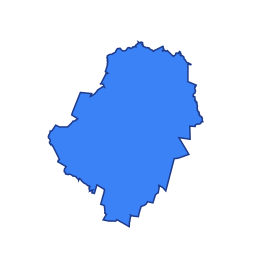 the district of Julimes, Chihuahua, Mexico, rotated 120°
{"feature_id": "50627088B60832764268377", "entity_name": "Julimes", "entity_type": "district", "adm_level": 2, "iso_a3": "MEX", "parent_name": "Mexico", "parent_adm1": "Chihuahua", "projection": "orthographic", "projection_center": [-105.121, 28.529], "detail": "fine", "context": "isolated", "style": "filled", "palette": "blue", "viewbox_px": 256, "rotation_deg": 120, "n_neighbors": 0, "source": "geoboundaries", "source_scale": "gbopen_adm2", "svg_char_len": 5605}
<svg xmlns="http://www.w3.org/2000/svg" viewBox="0 0 256 256"><g transform="rotate(120 128 128)"><path d="M36.0,121.1L36.0,121.7L38.2,121.7L38.4,122.7L38.9,123.6L39.2,123.9L39.9,123.8L40.5,123.5L42.0,123.8L42.5,124.5L43.3,124.6L41.3,132.7L42.4,133.1L42.4,135.4L43.0,135.5L43.9,136.2L44.0,136.6L43.6,136.7L43.3,136.5L43.1,136.6L42.9,136.4L43.0,136.1L42.4,136.0L42.2,136.1L41.8,136.8L41.5,136.8L41.4,137.1L41.1,137.3L41.0,137.5L40.9,137.8L40.4,138.0L40.0,138.1L39.8,138.6L46.4,143.0L47.4,143.9L47.8,144.0L48.9,144.2L49.0,144.7L48.6,145.2L48.5,146.3L48.8,147.2L48.6,147.7L48.6,149.0L48.1,149.9L48.5,150.3L48.6,150.7L48.5,151.2L49.3,152.3L49.3,153.0L49.5,153.2L49.5,153.3L49.5,153.5L49.5,154.0L49.6,155.0L49.7,155.3L49.5,156.5L48.6,156.3L48.4,157.8L48.0,157.7L47.2,157.7L47.2,157.8L46.8,158.1L46.8,158.7L47.1,158.7L47.1,159.1L47.4,159.4L47.3,159.8L48.3,160.0L48.3,162.1L48.8,161.4L49.9,162.0L50.2,161.7L52.5,162.7L53.7,161.8L53.7,162.2L53.8,162.3L53.8,162.8L54.2,162.9L54.6,163.5L55.2,163.6L55.5,164.5L56.6,164.5L57.6,165.2L57.9,165.7L57.6,165.9L57.7,167.1L58.0,167.6L58.3,167.7L58.5,168.0L58.8,168.3L59.1,168.4L60.6,168.4L61.8,168.6L63.8,170.7L63.7,171.1L63.8,172.1L63.2,173.8L62.9,174.8L63.2,175.2L63.9,175.7L64.3,176.2L64.4,176.8L64.8,176.9L67.4,177.1L68.3,176.8L69.2,177.0L70.1,177.8L70.8,178.0L71.1,178.4L71.8,178.5L72.2,178.8L73.1,180.2L73.9,181.0L75.5,181.7L75.6,181.9L76.0,181.9L76.5,181.7L77.0,181.3L77.3,181.3L77.6,181.4L77.7,181.1L78.0,181.0L78.3,180.5L78.3,180.2L78.7,179.9L79.3,180.0L79.5,179.7L79.7,179.8L79.9,179.6L79.9,179.4L80.5,179.3L80.5,179.0L80.7,178.6L80.9,178.7L81.3,178.3L81.8,178.4L82.4,178.1L82.7,178.1L83.2,177.5L83.8,177.5L84.2,177.2L86.3,176.8L88.0,176.2L89.0,176.2L89.6,176.0L90.6,175.8L90.7,175.5L90.5,175.0L90.5,173.8L90.7,172.8L92.0,174.3L93.3,174.1L101.0,173.7L102.1,173.6L103.5,173.9L103.5,173.7L103.2,173.7L102.9,172.5L102.5,171.5L102.9,171.0L102.8,170.6L103.9,170.0L104.3,169.3L104.3,169.6L104.6,170.1L105.3,170.8L106.0,171.0L108.5,172.4L110.6,173.4L112.2,173.2L113.0,173.6L113.3,173.6L115.4,174.1L116.5,174.6L117.3,175.2L118.4,175.5L118.6,175.8L118.9,176.0L119.3,176.4L116.4,176.7L121.0,187.0L142.3,183.9L144.8,183.3L145.1,176.3L146.5,176.5L146.8,177.0L148.0,177.5L148.8,178.0L149.4,178.5L149.6,179.1L150.4,179.0L151.8,179.4L153.0,179.5L153.7,179.9L155.3,180.2L156.6,180.7L157.2,180.7L160.5,186.4L160.9,186.9L161.4,188.2L161.7,192.0L168.7,192.5L169.5,193.9L172.1,192.9L173.0,193.1L174.1,193.0L175.4,192.6L176.3,191.9L176.4,191.5L176.4,191.0L177.3,189.3L178.3,188.8L178.6,188.9L179.5,188.9L180.2,188.5L180.4,187.8L181.1,186.8L180.7,186.7L180.4,186.1L180.7,185.4L181.0,185.2L181.0,184.6L181.3,184.4L181.2,184.1L189.5,171.6L190.2,171.8L190.8,172.3L191.2,172.0L191.9,172.1L192.1,171.7L192.3,171.7L192.4,162.2L195.1,162.5L196.0,162.3L196.4,161.9L197.2,161.8L197.8,161.2L197.8,159.8L198.8,159.4L198.7,159.0L199.0,158.5L198.7,158.0L198.5,157.1L198.1,156.4L197.8,156.0L197.4,155.9L197.1,155.4L196.8,153.3L197.2,151.7L196.9,151.5L196.7,150.6L196.2,149.2L196.3,148.6L196.8,147.5L197.3,145.4L197.5,145.0L198.0,144.6L196.0,144.7L196.3,143.2L196.6,142.6L196.6,142.2L197.0,141.7L197.5,139.8L197.7,138.4L197.5,136.1L197.7,135.7L197.8,135.3L197.8,134.8L198.0,134.3L197.8,133.4L197.6,133.1L197.4,132.6L197.8,132.2L198.4,132.1L198.2,131.8L198.7,131.9L199.3,131.5L199.5,131.6L199.9,131.4L200.8,130.6L201.0,130.5L201.2,130.2L200.9,129.2L201.6,129.3L201.1,128.8L200.4,128.2L199.7,128.0L199.4,127.6L200.3,127.9L200.5,127.5L201.0,127.4L201.1,127.2L201.5,126.9L202.2,126.9L201.5,124.4L192.8,126.5L193.0,117.6L195.9,116.5L198.9,115.8L207.7,113.5L207.1,110.1L207.2,109.6L211.9,106.2L213.3,105.6L213.4,105.4L213.3,104.8L213.6,104.3L213.5,103.6L220.0,103.6L218.2,98.2L214.7,92.0L212.9,91.9L212.8,77.6L208.6,79.8L208.2,79.9L207.9,79.8L207.7,79.8L206.6,80.5L205.0,80.9L204.4,81.3L203.5,81.4L202.6,81.2L202.2,82.1L201.5,79.0L199.6,74.7L197.2,75.5L193.5,76.5L189.2,77.4L188.8,76.9L188.2,76.5L186.8,75.2L184.9,74.3L182.0,74.2L180.4,69.0L172.1,70.8L170.9,70.5L169.3,69.8L169.0,69.4L167.7,70.0L167.2,70.1L163.6,71.4L163.3,71.6L162.9,72.4L162.2,72.7L162.2,68.1L163.6,63.8L131.3,72.7L130.9,71.9L129.8,70.4L129.1,69.7L128.8,69.4L128.8,69.2L120.4,62.1L110.9,79.1L106.7,68.6L95.5,75.4L93.1,70.6L92.1,71.1L91.6,71.2L89.7,69.6L89.6,69.2L89.1,68.4L88.6,68.2L87.9,67.4L87.7,67.3L86.8,67.6L85.9,67.6L85.4,66.8L85.4,66.5L85.2,66.3L84.6,67.0L84.1,67.8L82.9,68.1L82.8,68.5L82.4,68.7L81.9,69.2L82.0,69.5L81.5,69.9L81.7,70.4L81.4,70.7L81.5,72.0L81.2,72.1L81.2,72.6L81.0,73.1L80.6,73.3L80.4,73.0L80.2,73.0L79.8,73.9L79.5,73.9L79.2,74.2L78.8,74.3L78.7,74.8L78.9,75.1L78.6,75.3L78.4,75.9L78.4,76.2L78.2,76.5L78.1,76.4L77.8,76.8L77.5,76.9L77.5,77.0L77.0,77.2L76.5,77.8L76.0,78.1L75.9,78.3L75.0,78.5L74.1,79.0L73.9,79.3L73.1,80.0L72.8,80.4L72.6,80.3L72.4,80.5L72.0,81.7L71.6,81.7L71.2,81.4L70.9,82.7L70.5,83.1L70.6,83.4L70.5,83.5L70.7,83.8L70.4,83.9L70.1,84.2L69.6,84.3L69.6,84.5L69.2,84.6L68.1,85.5L67.9,85.8L67.5,85.9L67.6,86.2L67.8,86.4L67.9,87.0L68.2,87.1L67.9,87.5L67.2,88.0L66.6,87.9L65.8,88.2L64.9,88.1L64.6,87.7L64.3,87.5L63.6,87.8L62.6,87.9L61.8,88.4L60.7,89.8L60.1,90.1L59.5,90.1L59.2,90.7L58.8,90.6L58.6,90.5L58.4,90.7L57.7,90.6L57.5,90.8L57.4,90.5L57.2,90.8L57.1,90.7L57.0,90.9L56.8,90.8L57.9,99.3L42.4,108.2L42.0,105.4L41.4,105.3L41.3,105.7L41.6,106.7L41.4,108.1L41.8,109.1L41.8,109.4L41.6,110.6L40.4,112.4L40.2,113.8L39.6,114.4L38.8,114.9L38.5,115.5L38.3,116.5L38.3,117.2L38.6,118.0L39.0,118.4L39.0,118.8L38.9,119.0L38.1,118.8L37.6,118.9L37.6,119.3L37.3,119.6L36.8,119.8L36.6,120.4L36.6,120.5L37.2,120.6L37.3,120.7L37.0,120.7L36.1,120.8L36.0,121.1Z" fill="#3b82f6" stroke="#1e3a8a" stroke-width="1.5"/></g></svg>